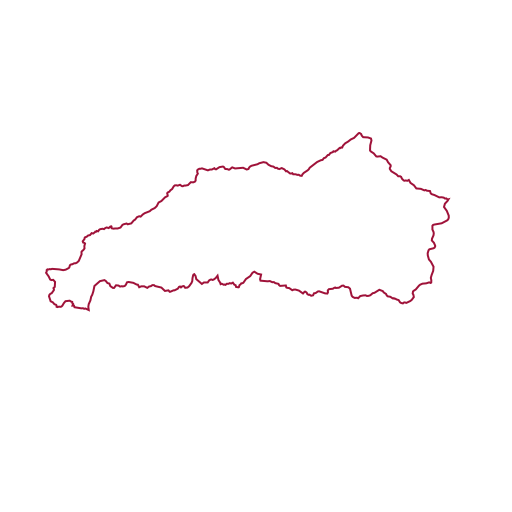 Pallasca, Áncash, Peru (Natural Earth projection), rotated 40°
{"feature_id": "86281439B95280421583989", "entity_name": "Pallasca", "entity_type": "district", "adm_level": 2, "iso_a3": "PER", "parent_name": "Peru", "parent_adm1": "Áncash", "projection": "natural_earth1", "projection_center": [-77.926, -8.372], "detail": "fine", "context": "isolated", "style": "outline", "palette": "rose", "viewbox_px": 512, "rotation_deg": 40, "n_neighbors": 0, "source": "geoboundaries", "source_scale": "gbopen_adm2", "svg_char_len": 6131}
<svg xmlns="http://www.w3.org/2000/svg" viewBox="0 0 512 512"><g transform="rotate(40 256 256)"><path d="M299.4,260.6L300.2,260.4L302.2,259.2L305.8,258.9L306.5,257.5L307.7,256.4L311.1,254.9L316.1,254.5L316.2,252.1L316.7,251.6L318.4,251.5L319.9,252.2L321.3,251.9L321.7,251.3L323.8,251.0L325.0,249.4L324.4,247.3L325.5,246.1L326.2,243.4L327.0,242.5L333.0,240.2L334.8,238.9L334.5,237.6L333.1,236.2L333.2,234.5L335.9,231.7L336.5,229.9L337.0,229.2L337.7,229.2L339.9,227.0L341.0,223.4L342.1,222.4L343.9,222.5L346.8,220.6L349.0,220.6L354.8,224.9L356.3,225.2L358.5,224.7L360.3,223.0L361.4,222.7L361.6,219.7L363.4,217.4L365.2,215.7L366.7,215.3L367.9,214.1L368.8,212.6L369.3,209.5L370.4,208.1L372.2,202.6L375.7,201.4L377.2,201.8L380.1,201.5L381.3,202.1L382.7,202.3L385.1,200.9L388.0,200.6L388.5,200.3L388.7,199.7L389.5,199.7L390.3,199.1L391.5,199.0L393.6,198.1L396.1,198.9L397.4,198.7L399.0,197.9L399.1,196.8L399.8,195.9L401.3,195.3L403.1,191.4L403.5,189.6L403.3,186.0L401.3,184.4L400.2,184.1L399.1,182.3L399.1,181.5L399.9,178.9L399.9,173.9L400.2,172.4L401.3,170.2L404.0,167.5L405.6,164.9L407.1,164.4L407.3,163.7L405.9,161.9L404.0,160.4L402.8,157.8L401.3,153.5L398.9,150.1L393.7,148.0L390.7,147.5L387.2,145.1L385.7,143.5L384.5,140.7L384.5,139.4L387.0,136.0L387.4,134.9L387.1,133.5L386.6,132.9L383.8,131.5L380.7,131.1L379.7,129.6L378.7,126.1L377.7,124.5L376.6,123.5L374.1,122.3L371.7,119.4L371.7,118.4L372.3,117.4L377.2,111.6L379.5,106.0L379.7,104.5L379.1,102.8L377.7,101.2L373.2,98.8L368.5,97.6L367.1,94.5L367.3,90.6L367.0,88.9L366.6,89.5L364.7,89.6L363.9,90.5L362.3,90.6L360.4,91.7L358.7,93.3L353.5,94.6L350.8,95.7L349.6,95.7L347.5,94.4L345.0,96.1L343.5,96.4L342.8,97.5L339.1,98.6L335.4,101.2L331.5,100.3L327.4,100.7L324.2,99.5L323.6,101.1L322.1,101.9L321.5,102.8L320.6,103.2L318.2,103.0L316.3,102.1L315.1,102.3L313.7,103.5L311.3,103.2L305.2,104.1L302.6,103.3L302.0,102.7L301.5,100.7L300.8,99.9L296.9,99.3L294.2,98.2L289.6,99.3L287.3,99.5L285.0,101.9L284.1,102.4L280.2,101.7L276.8,102.1L275.6,101.9L274.6,100.7L272.3,97.7L270.2,93.3L268.6,92.1L265.6,93.2L261.7,96.1L259.6,95.8L258.2,95.0L256.3,95.2L255.7,95.9L255.2,102.5L253.7,105.8L253.0,109.2L251.9,112.3L251.7,115.5L252.3,117.5L251.6,117.9L251.4,118.9L250.9,118.9L250.6,119.4L250.2,122.9L249.7,123.9L249.6,125.1L248.0,126.0L248.1,127.0L246.8,129.3L246.9,131.7L246.1,132.5L246.0,135.9L245.1,137.4L245.2,139.6L244.1,141.0L242.4,144.7L240.4,153.9L240.7,155.7L240.5,157.2L239.2,161.6L239.1,163.6L239.5,165.2L238.2,166.1L236.5,166.3L235.5,167.3L233.9,167.9L231.9,169.5L230.6,169.2L229.9,170.3L229.0,170.9L225.1,171.0L224.6,171.8L222.1,171.4L219.2,172.1L218.0,174.4L216.4,175.1L215.4,175.0L214.1,176.2L211.9,176.3L210.0,177.4L206.9,178.1L204.0,177.9L201.4,179.3L198.9,182.8L198.2,184.7L194.6,189.7L194.0,191.2L193.9,192.6L194.3,194.2L193.3,195.7L189.4,196.7L183.7,202.4L180.8,203.4L180.1,206.9L179.7,207.4L178.3,207.8L176.5,209.1L174.2,208.5L173.2,208.7L170.9,211.4L169.7,215.3L168.9,215.7L167.7,215.5L166.6,218.1L165.1,219.4L164.1,221.3L158.3,223.6L157.3,225.0L156.5,225.6L155.9,227.2L155.9,228.2L157.3,229.7L158.5,230.3L158.8,233.0L159.9,235.3L161.3,237.1L161.4,238.3L160.6,239.9L158.6,241.4L158.3,245.4L156.6,247.5L155.7,248.2L155.1,249.6L154.3,250.1L152.0,250.3L150.8,252.4L149.7,252.9L148.4,254.1L148.2,255.5L148.7,258.6L148.2,260.7L148.3,262.4L147.6,263.9L147.6,265.0L149.4,266.3L149.7,266.9L148.6,269.5L148.2,274.7L147.0,277.6L147.9,281.7L147.6,284.4L146.1,287.8L145.8,290.0L143.2,294.8L142.6,296.9L142.3,300.0L141.0,300.6L139.9,302.7L140.0,305.9L139.5,307.4L139.5,311.2L137.3,314.2L136.0,314.3L134.2,316.8L133.7,318.0L133.9,321.3L132.3,323.9L130.2,325.6L129.5,326.5L127.7,327.5L127.0,327.3L126.3,326.3L126.0,326.3L125.5,327.1L125.2,329.3L123.3,330.1L122.6,331.4L122.3,333.1L121.0,333.7L119.4,335.6L119.0,336.8L119.2,338.6L117.8,339.3L117.9,340.2L117.2,340.7L117.3,341.4L116.8,343.5L115.4,344.1L115.4,346.7L114.2,348.2L113.9,350.1L113.0,351.6L113.0,352.1L113.7,353.3L113.8,356.1L114.9,356.8L116.1,356.3L117.0,356.3L118.1,358.7L119.8,360.5L119.9,362.6L119.6,363.9L119.7,365.1L121.3,366.8L123.4,373.7L123.1,376.1L122.5,377.5L121.4,378.5L120.5,380.6L119.8,381.2L119.4,382.7L120.3,384.7L120.3,385.6L119.0,388.8L117.4,390.8L113.8,392.8L108.1,396.9L107.3,398.1L106.4,398.6L105.5,400.0L104.8,400.3L104.7,401.3L105.7,402.5L106.0,403.8L110.3,404.9L113.4,406.3L114.7,406.0L116.0,404.6L118.7,405.0L121.7,409.0L121.5,410.8L122.6,411.4L123.1,412.1L123.4,415.9L122.8,417.0L122.7,418.5L123.3,419.9L127.8,422.7L130.1,422.1L132.6,422.5L134.2,421.9L135.0,422.1L135.9,423.1L136.7,422.8L137.7,421.4L138.8,420.7L139.4,419.9L139.6,418.6L139.1,415.6L139.1,413.1L142.0,410.0L143.6,409.8L144.7,409.3L145.5,410.1L146.6,410.2L147.3,412.0L148.4,411.0L149.9,411.9L155.8,408.4L157.1,407.2L158.3,406.9L159.0,405.9L162.6,404.9L160.2,402.7L158.8,400.4L157.7,396.5L155.9,393.1L155.5,391.0L154.1,387.6L151.5,382.8L152.6,375.6L155.4,371.9L157.0,371.7L159.6,372.2L161.4,371.4L163.8,372.7L167.0,372.4L167.8,371.7L167.6,368.4L169.7,367.0L171.5,366.8L172.7,365.3L173.5,365.0L174.7,363.4L174.8,361.7L174.1,359.1L175.1,357.8L179.3,355.4L182.9,354.6L184.0,353.9L186.6,355.0L187.6,353.0L189.9,351.1L193.2,350.3L193.7,348.1L194.9,346.6L195.3,345.0L196.6,343.9L198.0,343.9L203.8,341.0L208.7,341.3L211.0,338.6L212.9,338.9L213.3,338.5L214.9,335.3L215.7,334.6L217.1,331.3L216.9,329.1L217.4,328.2L218.7,328.3L218.9,326.9L219.8,325.6L220.4,325.4L222.2,325.9L223.8,324.2L224.2,322.2L223.9,318.1L223.3,316.2L221.6,313.8L220.2,311.1L220.1,310.3L220.4,309.6L222.6,310.2L225.1,312.1L232.5,312.2L233.1,309.8L236.0,307.3L235.8,304.8L236.3,303.4L236.9,302.7L238.2,302.2L238.8,301.0L239.3,298.7L239.2,295.8L242.6,298.5L245.5,299.4L247.0,300.3L247.5,299.3L249.9,298.7L250.4,297.9L251.2,297.7L251.5,296.0L252.8,295.0L253.3,293.7L254.7,293.0L255.4,291.3L257.8,291.9L259.2,291.5L260.6,292.5L262.7,291.3L262.9,290.9L262.1,288.9L262.4,287.6L262.3,286.4L263.0,285.7L263.5,284.7L263.1,280.1L264.5,275.1L264.1,271.1L264.8,269.1L268.6,268.6L271.8,266.9L274.0,271.1L275.3,272.0L281.2,267.9L282.7,266.3L285.3,265.6L286.5,264.5L288.2,264.4L291.1,262.9L292.5,263.5L293.7,263.4L297.8,259.4L299.4,260.6Z" fill="none" stroke="#9f1239" stroke-width="2"/></g></svg>